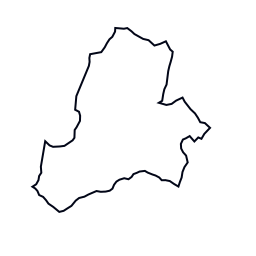 São Patrício, Goiás, Brazil (Robinson projection), rotated 193°
{"feature_id": "56859067B14313770509558", "entity_name": "São Patrício", "entity_type": "district", "adm_level": 2, "iso_a3": "BRA", "parent_name": "Brazil", "parent_adm1": "Goiás", "projection": "robinson", "projection_center": [-49.834, -15.366], "detail": "fine", "context": "isolated", "style": "outline", "palette": "ink", "viewbox_px": 256, "rotation_deg": 193, "n_neighbors": 0, "source": "geoboundaries", "source_scale": "gbopen_adm2", "svg_char_len": 1537}
<svg xmlns="http://www.w3.org/2000/svg" viewBox="0 0 256 256"><g transform="rotate(193 128 128)"><path d="M207.9,49.3L204.8,48.2L202.1,46.3L199.5,42.7L195.2,41.8L191.6,39.2L188.5,36.4L183.1,34.3L176.1,30.8L172.1,32.8L168.8,36.2L165.6,39.4L162.6,45.5L159.9,48.8L155.0,51.3L151.6,54.3L148.2,56.8L144.5,59.5L140.2,59.7L135.5,61.0L131.7,62.8L129.5,65.4L128.8,69.6L127.2,73.2L124.7,75.7L120.4,78.2L116.0,78.2L113.5,81.1L112.3,84.3L109.3,86.3L106.9,88.2L101.9,90.0L98.8,89.0L93.7,88.2L90.5,87.9L86.4,86.8L83.4,84.7L79.8,85.6L75.3,85.7L70.5,83.8L65.7,82.3L65.3,87.0L64.6,91.8L65.0,97.4L64.2,102.6L62.1,107.9L65.2,114.2L68.8,116.7L71.6,120.0L72.9,124.4L71.9,129.1L69.4,130.9L66.1,134.0L62.8,131.6L60.3,129.8L57.4,134.6L54.0,134.0L52.3,139.5L48.1,146.6L54.2,150.1L58.9,149.9L62.1,153.6L66.0,157.3L71.3,160.4L78.7,166.4L81.7,169.9L87.3,165.5L90.9,161.3L95.8,159.1L99.4,159.3L103.6,159.5L100.8,162.2L101.3,169.0L101.3,174.0L100.2,179.0L101.6,192.5L101.6,197.5L101.3,202.0L101.1,207.4L101.6,212.4L104.6,214.0L110.6,221.0L115.6,217.2L120.8,214.3L127.7,218.2L133.3,218.2L139.8,220.1L142.9,221.0L146.3,223.0L151.2,225.2L154.3,223.8L162.9,222.6L162.3,219.0L163.8,213.3L166.0,210.3L167.6,205.9L168.8,201.4L171.1,195.9L181.5,191.4L181.4,187.5L180.3,183.8L180.1,179.7L185.5,147.4L183.6,133.9L179.4,132.8L177.4,129.2L176.4,124.1L178.3,117.1L179.5,114.1L178.0,106.4L179.2,103.5L185.9,96.3L190.2,94.7L196.8,92.8L200.5,93.4L205.7,96.5L204.2,70.7L202.4,64.9L203.8,61.2L203.5,57.1L204.8,52.5L207.9,49.3Z" fill="none" stroke="#020617" stroke-width="2"/></g></svg>